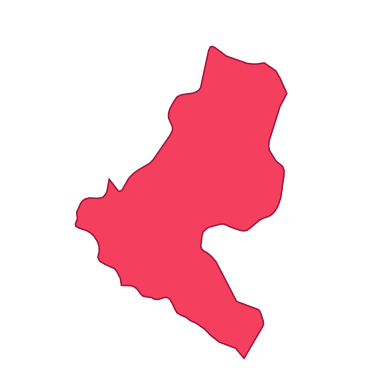 SVG path tracing the border of Chimbu, rotated 16°
{"feature_id": "PNG-1242", "entity_name": "Chimbu", "entity_type": "Province", "adm_level": 1, "iso_a3": "PNG", "parent_name": "Papua New Guinea", "parent_adm1": "", "projection": "robinson", "projection_center": [144.883, -6.328], "detail": "fine", "context": "isolated", "style": "filled", "palette": "rose", "viewbox_px": 384, "rotation_deg": 16, "n_neighbors": 0, "source": "natural_earth", "source_scale": "10m", "svg_char_len": 1820}
<svg xmlns="http://www.w3.org/2000/svg" viewBox="0 0 384 384"><g transform="rotate(16 192 192)"><path d="M225.8,48.0L239.1,52.4L245.6,58.7L256.0,71.1L253.0,85.6L252.1,121.5L253.2,126.9L254.9,130.6L263.2,138.2L265.5,139.7L270.3,141.6L272.4,142.8L274.5,145.8L275.8,150.5L278.9,173.0L278.6,180.4L277.9,184.6L276.6,188.6L274.6,192.0L272.5,194.2L267.4,197.8L264.4,200.8L257.7,210.8L255.3,213.7L252.6,215.1L249.2,215.6L238.1,215.0L234.4,214.3L231.1,214.1L228.3,215.0L218.4,220.9L216.2,223.1L213.7,227.4L213.7,231.6L215.4,241.8L217.0,244.0L219.0,245.3L222.0,245.9L225.5,247.2L229.0,248.9L234.3,252.4L264.2,284.0L265.7,285.0L288.3,286.8L289.8,287.6L291.2,289.3L295.9,296.2L297.2,299.0L297.0,301.9L287.9,337.6L277.1,330.2L259.8,328.8L249.3,324.6L242.1,320.4L231.7,316.8L225.9,316.1L221.1,314.1L214.9,313.3L211.3,312.5L208.3,309.8L204.8,305.7L199.9,300.9L196.5,300.2L193.3,301.7L190.4,303.9L186.0,305.5L182.0,304.6L176.2,305.5L173.2,305.5L170.3,303.8L166.3,300.6L163.3,299.3L160.6,298.8L157.3,299.3L150.6,301.1L149.9,301.2L146.8,294.6L142.1,289.6L138.9,287.1L128.1,285.5L122.2,283.8L119.5,280.6L119.2,274.8L117.8,270.1L114.9,265.8L109.9,261.4L105.6,259.2L101.0,258.1L93.1,257.8L89.5,256.8L88.7,254.3L89.1,251.4L89.1,248.7L87.7,245.8L86.8,243.6L86.8,242.6L88.2,233.3L89.3,230.6L91.2,228.2L95.2,225.9L102.3,224.3L105.5,223.1L108.1,221.3L109.5,217.9L110.1,215.1L108.9,202.5L120.9,211.4L122.3,211.1L124.2,209.6L127.3,196.7L129.1,193.0L131.3,189.4L134.1,185.8L143.5,175.9L145.8,171.7L155.1,144.0L156.0,139.9L156.1,137.2L155.1,134.5L149.1,127.4L147.9,123.6L147.7,118.8L149.3,111.0L151.3,105.0L151.8,104.3L154.6,101.8L157.4,100.3L165.1,97.0L169.0,94.2L170.8,91.5L171.5,89.1L169.0,51.6L169.7,47.3L171.7,46.4L174.7,47.0L187.5,51.9L209.5,53.2L215.4,52.2L219.4,51.0L225.8,48.0Z" fill="#f43f5e" stroke="#9f1239" stroke-width="1.5"/></g></svg>